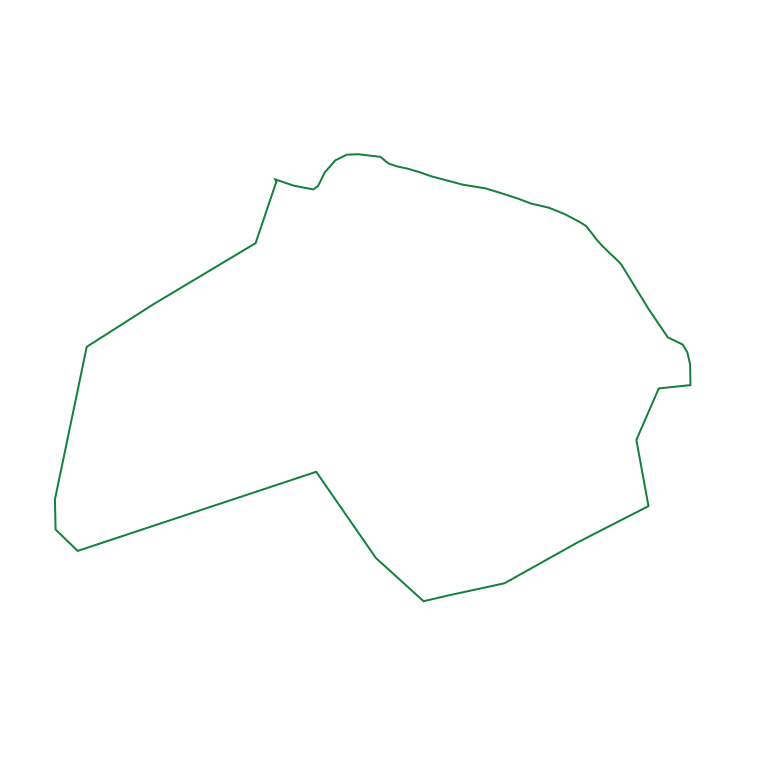 the district of Bois Catchet, Castries, Saint Lucia, rotated 281°
{"feature_id": "8701671B73326281141145", "entity_name": "Bois Catchet", "entity_type": "district", "adm_level": 2, "iso_a3": "LCA", "parent_name": "Saint Lucia", "parent_adm1": "Castries", "projection": "natural_earth1", "projection_center": [-60.993, 14.004], "detail": "fine", "context": "isolated", "style": "outline", "palette": "green", "viewbox_px": 768, "rotation_deg": 281, "n_neighbors": 0, "source": "geoboundaries", "source_scale": "gbopen_adm2", "svg_char_len": 895}
<svg xmlns="http://www.w3.org/2000/svg" viewBox="0 0 768 768"><g transform="rotate(281 384 384)"><path d="M178.9,465.6L188.5,486.9L211.4,540.3L265.5,604.3L314.6,666.9L377.3,642.4L432.1,654.6L441.4,685.0L461.6,680.8L472.8,675.8L479.7,669.7L484.0,653.6L508.1,629.4L546.7,594.0L550.8,588.2L555.8,580.1L561.4,571.7L562.6,570.1L566.5,564.9L572.1,558.7L577.6,552.2L579.9,546.4L582.9,536.8L585.1,529.5L586.8,521.3L588.5,512.2L589.0,500.8L589.1,494.4L591.5,480.4L593.8,461.8L595.4,446.4L595.0,433.3L594.7,422.9L595.8,407.8L596.9,390.6L598.6,379.5L599.9,366.0L600.1,354.9L601.2,347.1L602.5,343.8L603.7,342.0L606.3,337.0L604.6,314.8L602.0,303.7L594.3,293.6L580.5,285.5L565.8,281.5L561.5,277.5L561.5,257.3L564.1,238.1L562.0,239.7L497.8,231.1L418.9,143.1L363.8,85.1L207.9,83.0L178.5,89.4L161.7,115.1L284.9,334.2L211.6,409.3L178.3,464.3L178.9,465.6Z" fill="none" stroke="#15803d" stroke-width="2"/></g></svg>